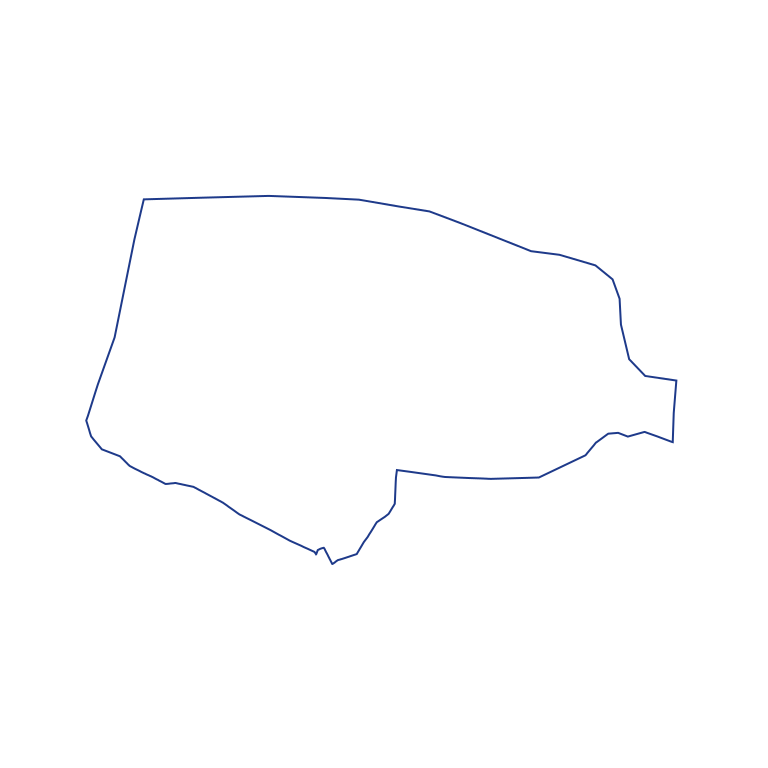 the district of Sharg Aj Jabal, Southern Darfur, Sudan, rotated 201°
{"feature_id": "16777658B39782725929705", "entity_name": "Sharg Aj Jabal", "entity_type": "district", "adm_level": 2, "iso_a3": "SDN", "parent_name": "Sudan", "parent_adm1": "Southern Darfur", "projection": "mercator", "projection_center": [24.504, 12.892], "detail": "fine", "context": "isolated", "style": "outline", "palette": "blue", "viewbox_px": 768, "rotation_deg": 201, "n_neighbors": 0, "source": "geoboundaries", "source_scale": "gbopen_adm2", "svg_char_len": 4832}
<svg xmlns="http://www.w3.org/2000/svg" viewBox="0 0 768 768"><g transform="rotate(201 384 384)"><path d="M648.9,243.2L648.6,242.8L647.4,241.3L647.2,241.1L646.6,240.3L643.0,235.7L640.6,232.5L639.8,231.6L639.7,231.4L639.1,230.7L638.7,230.2L638.1,229.8L637.1,229.3L636.7,229.0L634.8,227.9L626.3,223.2L624.9,222.4L624.4,222.1L624.1,221.9L623.9,221.9L623.5,221.9L623.0,221.9L622.5,221.9L622.2,221.9L621.1,221.9L619.4,221.9L617.8,221.9L616.9,221.9L614.1,221.9L608.7,221.9L606.0,221.9L605.2,221.9L604.9,221.9L604.6,221.9L604.3,221.8L604.2,221.7L603.9,221.6L603.0,221.2L602.6,221.0L600.5,220.1L600.2,220.0L599.6,219.7L597.2,218.6L595.8,218.0L593.7,217.0L593.2,216.9L592.5,216.5L592.1,216.4L591.6,216.3L589.8,216.1L588.4,215.9L587.4,215.8L586.8,215.7L584.6,215.5L584.3,215.5L583.5,215.4L581.9,215.3L581.4,215.2L580.7,215.2L580.4,215.1L579.7,215.0L579.3,215.0L578.7,214.9L578.4,214.9L577.3,214.8L576.7,214.8L576.3,214.7L574.9,214.7L574.4,214.6L572.9,214.5L570.3,214.4L569.5,214.3L568.9,214.3L568.2,214.3L567.8,214.2L567.6,214.2L567.2,214.2L566.3,214.1L566.2,214.1L565.5,214.0L565.3,214.0L564.9,213.9L564.2,213.8L563.9,213.8L563.4,213.7L563.2,213.7L562.7,213.6L562.4,213.6L562.2,213.6L561.8,213.5L561.2,213.5L560.2,213.4L559.3,213.2L557.0,213.0L555.5,212.8L552.5,212.4L552.1,212.4L550.3,213.2L550.1,213.3L548.4,214.2L547.9,214.5L544.8,216.0L543.8,216.6L543.1,216.9L542.4,217.0L541.7,217.1L540.9,217.2L540.2,217.3L537.9,217.7L535.8,218.0L534.0,218.3L531.9,218.6L531.3,218.7L528.2,219.2L525.6,219.6L525.1,219.7L524.9,219.7L523.6,219.5L523.4,219.5L522.6,219.4L522.1,219.4L521.6,219.3L518.1,218.8L517.6,218.8L516.3,218.6L511.9,218.1L510.8,217.9L509.8,217.8L507.5,217.5L498.0,216.3L496.7,216.1L494.8,215.9L494.1,215.8L492.9,215.6L492.1,215.5L491.8,215.5L491.6,215.4L489.5,214.9L486.7,214.2L485.1,213.7L484.2,213.5L479.0,212.2L477.5,211.8L475.3,211.2L474.1,210.9L473.8,210.8L473.6,210.8L472.8,210.6L472.6,210.5L472.0,210.4L471.7,210.4L471.1,210.3L470.7,210.3L470.4,210.3L469.8,210.2L469.4,210.2L469.2,210.2L468.6,210.1L468.3,210.1L468.1,210.0L467.9,210.0L467.0,209.9L466.6,209.9L466.4,209.9L466.0,209.8L464.9,209.7L459.6,209.2L444.0,207.6L443.0,207.5L437.3,206.9L431.7,206.1L428.1,205.6L426.2,205.4L416.7,204.1L416.2,204.0L413.2,203.8L411.2,203.7L403.5,203.3L400.3,203.0L396.0,202.8L394.7,202.7L388.7,202.3L388.1,201.9L387.5,201.5L386.4,200.7L386.3,200.9L386.3,201.2L386.3,201.5L386.3,202.3L386.3,202.7L386.3,203.6L386.3,203.8L386.3,204.2L386.3,204.6L386.3,204.8L386.3,205.2L385.9,205.7L385.6,206.0L385.3,206.3L385.1,206.5L384.9,206.8L384.7,207.0L384.0,207.7L383.6,208.0L383.2,208.3L383.0,208.5L382.6,208.8L382.2,209.0L381.9,209.3L381.5,209.5L381.3,209.4L381.2,209.3L380.6,208.9L380.0,208.4L379.8,208.2L379.6,208.0L379.3,207.7L378.5,207.0L377.9,206.4L377.5,206.1L376.8,205.5L376.0,204.8L375.2,204.1L374.7,203.6L373.8,202.8L373.5,202.5L373.1,202.2L372.7,201.8L372.5,201.6L372.2,201.3L371.3,200.6L370.8,200.1L369.8,199.2L369.7,199.1L369.1,198.6L368.6,198.1L368.3,197.9L368.2,197.7L367.9,197.5L367.5,197.6L367.3,198.0L366.9,198.5L366.6,198.9L366.4,199.2L366.1,199.6L366.0,199.8L365.4,200.9L364.9,201.7L363.9,203.1L362.1,204.4L361.8,204.7L361.7,204.7L361.6,204.8L360.9,205.3L359.8,206.2L358.8,207.0L358.3,207.4L356.6,208.8L355.0,210.1L354.6,210.4L354.3,210.7L351.5,213.0L350.3,214.0L349.5,214.6L348.5,215.5L348.4,216.1L348.3,216.8L348.1,218.0L348.0,218.5L347.5,221.5L347.1,223.7L346.3,228.5L346.2,229.1L345.3,232.3L345.2,232.6L344.4,235.4L343.9,238.4L343.8,238.9L343.4,240.7L342.5,245.4L342.3,246.6L342.1,247.6L341.8,249.5L341.2,252.4L340.6,253.2L338.8,255.8L337.6,257.5L336.6,258.9L336.1,259.6L335.4,260.6L335.2,261.0L334.9,261.5L333.2,264.3L333.0,265.1L332.8,266.2L332.7,266.8L332.6,267.1L332.5,267.8L331.9,271.2L331.7,272.4L331.5,273.0L331.5,273.4L331.3,274.1L331.2,275.2L331.0,276.0L331.1,276.3L331.4,277.1L331.6,277.9L331.8,278.3L332.1,279.4L334.0,285.0L335.3,288.9L337.9,296.6L338.9,299.7L339.3,300.9L341.0,307.9L341.1,308.3L328.0,311.4L305.1,316.7L303.0,317.2L298.4,318.0L295.1,318.7L294.9,318.8L293.9,319.0L286.7,321.4L270.6,326.8L259.3,330.7L254.8,332.2L254.3,332.4L253.8,332.5L250.3,333.7L216.9,347.6L205.9,352.2L170.4,389.6L169.8,391.1L169.7,391.7L166.6,400.7L166.2,401.8L165.7,403.5L165.4,404.4L165.1,405.3L164.9,405.6L164.7,405.8L164.3,406.4L160.7,412.0L159.1,414.5L157.5,417.0L157.1,417.6L156.8,418.0L147.9,422.3L137.5,422.3L124.2,432.2L123.6,432.6L123.0,432.7L122.6,432.7L122.2,432.7L121.9,432.7L121.7,432.7L121.3,432.7L120.9,432.7L109.6,433.0L107.7,433.0L94.8,433.1L93.6,433.2L103.1,460.7L112.3,492.0L143.0,485.1L164.0,495.0L184.1,524.4L194.6,548.0L208.1,563.6L229.1,570.5L266.5,567.5L294.3,560.7L369.9,561.6L403.4,561.4L433.9,555.0L473.5,547.1L505.3,536.7L559.0,518.3L619.0,493.4L674.4,470.3L672.8,458.4L668.8,429.3L652.2,331.0L651.0,281.2L650.6,274.0L649.0,248.2L648.9,243.2Z" fill="none" stroke="#1e3a8a" stroke-width="2"/></g></svg>